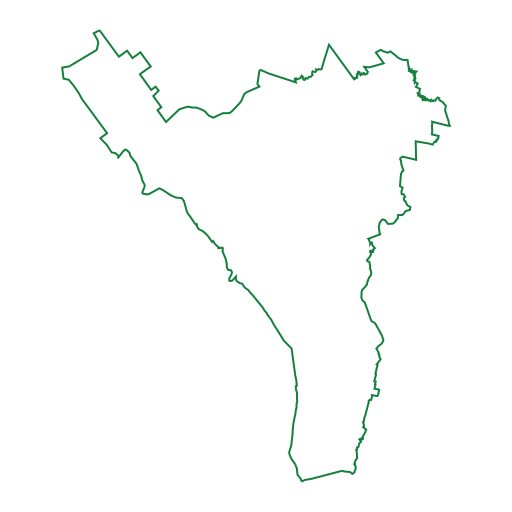 Viile Satu Mare, Satu Mare, Romania
{"feature_id": "2599482B28492278247457", "entity_name": "Viile Satu Mare", "entity_type": "district", "adm_level": 2, "iso_a3": "ROU", "parent_name": "Romania", "parent_adm1": "Satu Mare", "projection": "albers", "projection_center": [22.996, 47.653], "detail": "fine", "context": "isolated", "style": "outline", "palette": "green", "viewbox_px": 512, "rotation_deg": 0, "n_neighbors": 0, "source": "geoboundaries", "source_scale": "gbopen_adm2", "svg_char_len": 5952}
<svg xmlns="http://www.w3.org/2000/svg" viewBox="0 0 512 512"><path d="M407.6,60.1L402.4,59.8L399.9,58.7L396.9,56.9L396.4,56.1L390.4,51.4L387.8,52.7L383.2,51.3L380.8,49.8L375.9,52.5L383.7,63.3L369.5,67.3L364.3,66.9L367.8,71.8L367.2,73.7L364.5,74.6L363.7,74.0L363.9,73.0L363.6,72.9L362.0,74.5L361.3,73.7L360.5,75.0L359.7,74.0L359.4,72.1L358.1,71.8L357.4,74.3L356.9,74.4L357.4,76.1L356.7,76.4L356.5,77.2L357.0,77.9L356.4,78.2L354.6,78.1L354.7,79.1L354.2,79.4L329.0,44.8L324.0,60.7L321.6,69.2L319.9,69.5L318.8,69.0L317.3,69.9L316.2,69.4L316.3,70.6L315.5,71.8L314.9,72.1L312.7,71.3L312.2,72.1L312.1,73.4L312.6,75.0L311.5,75.9L311.1,76.7L308.8,77.0L307.6,78.7L305.5,78.0L304.8,79.9L303.7,79.8L302.9,78.7L302.8,76.7L301.6,75.8L300.3,78.0L299.1,78.7L297.7,78.9L296.7,79.5L296.2,79.2L295.9,78.3L294.9,78.6L294.7,79.2L295.9,82.4L268.5,73.4L260.5,69.9L259.4,71.0L257.4,83.9L259.4,86.6L247.6,91.8L245.3,93.1L244.0,94.6L241.7,100.2L239.7,103.1L232.1,111.1L229.6,113.1L222.8,113.2L213.2,117.7L208.8,115.6L204.6,111.1L200.6,109.1L196.9,107.7L192.4,107.5L187.5,106.7L179.5,109.2L166.0,122.0L157.5,110.2L161.3,107.2L153.3,96.1L158.7,90.6L155.6,86.7L151.2,89.9L139.9,74.2L150.7,66.5L148.1,62.9L140.4,52.3L132.5,58.1L127.1,50.7L118.9,56.7L99.9,30.8L98.6,30.7L93.7,33.3L97.1,39.1L98.1,41.7L98.3,43.0L96.8,49.6L95.9,50.4L69.2,66.4L62.2,67.6L63.5,78.6L68.8,79.8L73.8,85.8L79.0,93.5L81.8,98.8L107.1,133.2L100.3,138.2L106.9,145.0L111.6,152.4L115.2,153.1L118.7,156.0L117.6,158.4L123.0,151.5L125.1,149.6L126.4,149.8L129.4,152.6L130.6,156.3L136.6,163.9L138.8,170.4L141.1,175.7L142.4,180.5L144.7,185.1L144.5,186.9L142.3,192.4L142.7,193.6L147.2,194.4L148.7,194.2L159.4,188.3L164.0,190.7L169.6,194.6L174.2,196.9L176.4,197.6L181.8,198.2L184.0,201.2L186.9,211.6L188.3,214.3L189.6,215.7L195.0,223.7L195.8,224.5L196.7,224.1L197.1,226.6L198.7,229.1L203.0,231.3L206.0,233.9L208.5,236.7L212.0,241.9L213.2,241.0L214.1,242.8L215.5,244.5L218.2,247.1L218.4,248.0L219.2,247.7L219.4,248.2L222.4,247.6L222.8,248.1L222.8,249.9L222.4,251.1L225.5,258.4L226.8,263.9L226.7,266.2L227.2,268.3L228.3,270.0L230.9,270.2L231.9,272.0L231.9,273.0L231.1,275.0L229.3,278.4L229.3,280.7L230.8,281.0L232.4,280.5L235.9,276.7L235.8,278.0L236.5,280.9L239.7,283.1L242.1,283.6L244.2,286.9L245.4,288.1L248.3,290.0L250.4,292.9L252.7,295.2L262.9,307.8L264.8,311.1L266.5,312.7L267.8,315.2L271.3,319.8L273.9,324.7L284.0,340.8L291.6,348.5L295.3,375.7L296.3,380.2L296.8,385.8L295.8,386.2L295.8,387.6L296.1,390.0L297.1,393.1L296.9,394.7L297.2,401.6L296.5,404.2L296.5,408.1L296.0,409.0L295.5,413.0L293.3,424.0L292.6,431.2L292.7,432.8L291.2,445.8L289.4,451.3L289.2,453.0L289.6,454.8L291.5,459.0L295.0,463.9L296.9,468.5L297.5,474.8L299.5,477.1L300.9,479.2L301.0,480.0L302.2,481.3L304.8,480.0L312.0,478.7L342.1,470.8L344.4,471.5L350.1,472.0L352.3,473.9L354.4,472.4L354.8,470.6L355.5,469.5L355.8,466.8L354.9,465.5L355.1,464.9L354.9,464.4L354.4,464.2L354.5,463.5L354.9,463.3L354.7,462.7L355.1,461.1L357.1,458.2L356.8,452.6L356.2,449.8L357.1,449.3L357.1,447.4L358.6,446.7L358.8,444.9L359.5,443.0L360.7,442.3L360.9,441.8L361.0,440.9L359.5,439.8L359.3,439.3L360.6,438.8L362.6,439.3L363.0,438.8L363.1,438.3L362.2,437.7L365.5,431.7L365.7,430.4L366.2,429.6L363.2,427.3L363.4,426.7L364.0,426.5L363.8,425.3L364.0,424.6L363.5,423.7L363.6,423.3L363.1,422.8L363.0,422.1L364.0,421.0L364.1,418.6L365.7,414.1L365.7,413.7L368.8,401.9L368.6,401.0L369.7,399.8L371.2,399.9L372.1,396.3L371.9,395.1L377.4,396.1L378.0,395.0L378.6,392.6L379.1,389.7L374.4,388.6L375.5,384.9L375.5,384.5L375.0,384.3L375.7,381.7L374.3,381.3L376.1,374.3L375.4,373.8L377.5,365.0L377.5,364.4L376.8,364.2L380.6,359.3L379.2,356.4L379.4,355.7L379.1,355.0L379.3,354.4L378.4,353.6L378.5,352.3L376.4,348.6L378.6,345.9L381.3,344.0L383.3,341.0L383.2,339.5L381.9,335.5L375.6,324.1L374.8,323.0L371.6,321.2L371.0,320.0L364.7,302.2L362.7,300.8L361.4,297.8L361.6,291.8L362.2,289.9L365.7,286.3L366.4,284.9L366.9,284.7L367.3,282.3L367.7,281.0L368.1,280.7L368.2,279.6L369.4,277.1L370.6,275.8L371.3,273.2L370.8,270.4L370.0,268.8L370.2,265.3L369.6,264.1L369.7,262.9L369.4,262.0L367.3,261.1L367.0,260.2L369.6,257.0L371.1,254.4L370.3,252.3L371.6,252.1L370.4,251.5L370.3,251.0L370.9,250.6L372.0,251.4L373.1,251.3L373.5,250.2L373.2,249.5L374.8,248.1L372.4,245.3L371.9,242.6L370.6,243.1L370.2,243.8L370.2,242.8L369.1,240.4L369.1,239.6L368.3,238.8L380.2,234.3L379.4,232.5L379.4,230.9L379.0,228.9L378.8,226.6L379.9,222.5L381.6,220.1L382.7,219.4L385.0,220.1L388.0,223.9L392.8,223.7L395.5,221.5L396.3,219.8L397.6,218.6L397.9,217.8L397.9,215.1L402.3,215.0L404.5,212.9L404.8,212.0L405.9,211.0L409.9,209.9L410.4,207.0L407.2,205.2L405.4,201.2L404.5,200.9L404.0,199.9L403.8,198.1L405.2,197.0L403.6,194.3L401.7,194.2L401.4,191.9L402.6,187.7L400.0,186.1L401.0,173.9L402.2,171.3L403.3,170.8L403.5,170.2L402.6,168.3L401.2,163.6L401.1,161.0L400.1,159.0L400.3,158.3L402.5,156.6L416.1,159.8L415.7,141.3L429.1,143.6L432.6,144.6L434.4,142.0L436.1,141.7L435.9,140.8L436.6,140.8L437.4,138.7L438.2,138.7L438.6,136.0L431.9,134.4L432.2,130.8L432.0,125.8L432.3,122.4L432.1,121.7L447.9,125.7L449.8,125.8L448.9,124.0L448.7,121.6L445.1,110.6L445.8,105.7L445.1,105.1L442.9,102.2L439.5,100.2L439.1,98.7L439.3,98.3L437.6,97.5L435.8,99.5L435.5,100.6L434.2,100.3L433.3,101.2L432.3,100.9L431.6,99.8L430.6,101.2L429.8,100.2L428.5,100.6L428.1,100.2L427.9,99.4L426.6,98.7L426.6,100.0L425.9,100.3L425.1,99.4L424.1,100.2L423.3,99.8L422.6,100.1L422.3,99.3L422.6,97.5L424.6,98.1L425.0,97.7L424.9,97.2L423.5,96.3L421.5,95.7L420.8,97.0L420.2,96.9L419.5,95.9L419.7,94.5L418.2,95.2L418.2,93.7L417.7,93.1L419.2,92.4L420.0,88.9L416.2,87.0L416.5,86.8L416.2,86.4L417.7,83.5L415.5,82.1L414.7,82.9L414.5,81.9L414.8,80.6L413.8,80.1L415.3,78.8L414.3,77.8L415.1,77.1L414.6,76.5L415.2,75.7L415.9,75.7L413.6,74.9L415.0,73.4L413.4,73.0L413.4,72.7L415.6,72.2L416.3,71.5L412.6,70.9L412.2,71.9L411.7,72.4L411.0,71.4L411.4,69.6L410.1,70.1L409.9,71.4L408.8,70.8L409.6,68.6L409.4,68.2L408.9,69.1L407.6,60.1Z" fill="none" stroke="#15803d" stroke-width="2"/></svg>